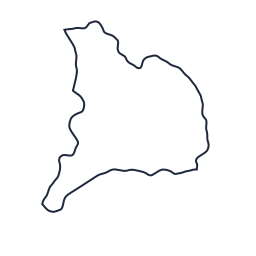 Peralta, Azua, Dominican Republic (Albers equal-area conic projection), rotated 12°
{"feature_id": "3306468B32455006078349", "entity_name": "Peralta", "entity_type": "district", "adm_level": 2, "iso_a3": "DOM", "parent_name": "Dominican Republic", "parent_adm1": "Azua", "projection": "albers", "projection_center": [-70.778, 18.591], "detail": "fine", "context": "isolated", "style": "outline", "palette": "slate", "viewbox_px": 256, "rotation_deg": 12, "n_neighbors": 0, "source": "geoboundaries", "source_scale": "gbopen_adm2", "svg_char_len": 3188}
<svg xmlns="http://www.w3.org/2000/svg" viewBox="0 0 256 256"><g transform="rotate(12 128 128)"><path d="M203.9,154.3L203.6,151.2L203.3,149.7L202.8,148.5L201.8,147.2L201.3,146.1L201.3,144.8L201.4,144.1L202.1,142.7L203.1,141.4L208.1,136.4L209.7,134.3L210.3,132.7L210.6,131.1L210.6,129.5L210.4,127.9L209.9,126.4L208.2,123.1L207.7,121.6L207.0,118.4L206.6,116.9L204.7,112.7L204.3,111.2L203.7,106.5L203.3,105.1L202.7,103.8L202.2,103.3L200.1,101.7L199.1,100.7L198.2,99.6L197.6,98.2L197.1,95.8L196.6,90.9L196.0,88.6L194.3,85.3L193.3,83.1L192.6,81.6L191.0,79.6L187.6,75.7L184.9,72.5L182.8,70.9L177.5,66.4L176.1,65.5L172.6,63.6L168.0,60.0L166.5,59.1L165.8,58.7L164.2,58.2L162.6,58.0L158.5,57.6L156.2,57.0L152.1,55.1L150.5,54.7L146.6,53.7L145.2,53.2L142.6,51.9L141.2,51.5L139.6,51.5L138.1,51.8L132.8,54.3L132.1,54.7L130.9,55.7L129.9,56.8L129.5,57.5L128.9,58.9L128.6,60.5L128.4,64.2L128.1,65.5L127.9,66.1L127.4,66.7L126.8,67.1L126.1,67.3L125.5,67.3L124.1,67.1L121.1,65.6L119.6,65.1L116.6,64.3L115.1,63.7L113.8,62.9L112.7,61.9L110.6,59.2L110.1,58.8L108.9,58.2L105.5,57.1L104.8,56.8L103.5,56.0L102.5,54.9L102.1,54.3L101.5,52.9L101.1,51.3L100.7,46.7L100.2,45.3L99.9,44.7L99.4,44.2L98.2,43.4L95.2,41.6L93.8,41.0L92.2,40.6L87.5,40.1L86.1,39.7L85.4,39.4L84.8,39.0L84.3,38.5L82.3,35.5L80.1,33.0L78.2,31.4L76.8,30.7L75.2,30.4L73.6,30.6L72.3,31.2L68.5,33.4L66.4,37.8L65.5,38.9L64.9,39.3L64.2,39.6L62.6,40.0L58.4,40.5L56.7,40.9L52.6,42.7L48.7,43.9L45.4,45.2L46.9,47.3L48.6,49.3L56.0,56.9L58.3,59.5L59.2,60.9L60.5,63.8L61.9,66.5L62.5,67.9L63.0,70.2L63.4,74.3L63.8,76.8L64.3,78.2L65.9,81.6L66.4,84.1L66.6,86.8L66.7,90.3L66.4,103.0L70.3,104.8L73.3,106.0L75.2,107.2L77.0,108.8L78.6,110.6L79.5,111.9L80.1,113.4L80.4,115.0L80.6,117.4L80.3,119.8L79.8,121.2L79.3,121.8L78.8,122.2L75.9,124.1L74.1,125.5L72.4,127.1L71.4,128.3L70.6,129.7L70.1,131.3L69.9,132.9L69.8,135.4L70.0,137.1L70.3,138.7L70.6,139.5L71.4,140.9L72.5,142.2L73.6,143.5L79.1,148.7L80.7,150.4L81.6,151.6L82.0,152.3L82.2,153.0L82.3,153.7L82.3,154.3L81.1,158.2L80.5,162.8L80.2,164.3L79.6,165.6L79.1,166.1L78.5,166.6L77.0,167.1L72.1,167.5L70.5,167.9L69.8,168.2L68.7,169.1L67.8,170.3L67.4,170.9L67.2,172.5L67.3,174.0L67.8,175.3L69.1,177.9L69.8,180.4L70.0,182.1L70.1,184.9L69.9,188.4L69.6,190.2L69.0,191.7L67.2,195.0L66.0,197.9L64.6,200.5L63.9,201.9L63.4,204.5L62.9,208.9L62.6,210.7L62.0,212.2L60.8,214.9L60.3,216.4L60.1,218.0L59.9,220.2L64.2,223.5L66.1,224.7L67.6,225.3L69.2,225.6L71.7,225.6L73.3,225.2L75.3,224.2L78.9,221.9L79.4,221.4L79.7,220.8L80.2,219.4L80.4,217.0L80.4,212.1L80.8,209.7L81.4,208.1L82.8,206.0L85.2,203.5L93.9,195.0L105.6,183.3L108.1,180.9L109.4,179.8L110.8,178.9L115.0,176.7L116.2,175.8L119.8,172.9L121.1,172.1L121.8,171.8L123.4,171.3L125.0,171.1L130.9,170.9L133.4,170.7L134.9,170.3L135.6,170.0L139.0,168.4L140.6,168.0L143.0,167.7L148.1,167.7L152.4,167.9L154.7,168.4L157.9,169.6L158.6,169.7L159.2,169.7L159.9,169.6L160.6,169.4L161.9,168.6L163.0,167.5L167.3,163.4L168.5,162.5L169.9,161.7L170.8,161.4L172.5,161.1L174.3,161.0L176.1,161.1L178.7,161.5L180.1,162.0L181.8,162.8L182.8,163.1L183.3,163.1L184.3,163.0L189.9,160.6L193.8,158.3L196.8,157.1L200.1,155.4L201.5,154.8L203.9,154.3Z" fill="none" stroke="#1e293b" stroke-width="2"/></g></svg>